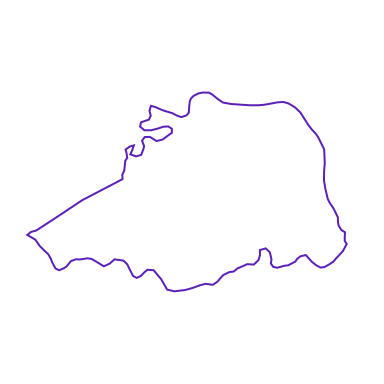 Magalhães Barata, Pará, Brazil (Robinson projection), rotated 96°
{"feature_id": "56859067B4856082037025", "entity_name": "Magalhães Barata", "entity_type": "district", "adm_level": 2, "iso_a3": "BRA", "parent_name": "Brazil", "parent_adm1": "Pará", "projection": "robinson", "projection_center": [-47.632, -0.823], "detail": "fine", "context": "isolated", "style": "outline", "palette": "violet", "viewbox_px": 384, "rotation_deg": 96, "n_neighbors": 0, "source": "geoboundaries", "source_scale": "gbopen_adm2", "svg_char_len": 2032}
<svg xmlns="http://www.w3.org/2000/svg" viewBox="0 0 384 384"><g transform="rotate(96 192 192)"><path d="M251.9,351.3L255.8,342.8L261.6,337.8L265.7,332.7L269.0,328.4L273.1,325.4L276.4,323.8L282.3,319.8L283.7,315.9L281.4,311.8L279.2,309.0L273.4,305.2L271.0,300.3L270.8,296.4L268.9,289.1L269.0,285.1L270.8,280.9L275.1,271.9L271.8,266.3L267.1,262.1L267.4,253.0L270.7,248.8L274.8,246.3L281.7,241.8L283.2,238.0L280.9,234.2L276.4,230.6L274.0,228.2L273.8,222.0L281.9,213.6L291.7,206.5L292.6,198.9L291.3,193.5L290.5,189.7L288.9,185.1L287.0,180.6L284.0,174.5L281.9,169.0L282.1,161.5L278.4,157.2L275.3,155.2L271.3,152.2L267.8,146.6L266.7,142.2L263.2,138.8L260.4,133.6L258.0,129.6L257.7,122.9L252.7,118.7L247.5,117.8L242.6,118.4L240.4,112.8L243.8,108.3L250.7,105.9L254.9,106.1L258.0,103.3L258.4,99.2L255.8,92.7L254.8,88.6L250.5,82.1L247.4,80.3L244.6,77.4L242.8,72.2L248.8,65.6L251.9,60.8L253.7,56.2L252.8,52.4L249.2,47.4L246.3,44.0L242.6,41.5L239.8,39.3L234.7,35.6L227.5,32.7L224.7,35.0L220.5,35.4L216.1,35.6L214.1,39.5L210.2,42.6L207.0,43.6L201.9,44.3L193.5,49.6L188.5,53.8L184.8,56.2L174.6,59.8L166.5,62.0L157.3,62.8L149.2,63.0L135.8,65.0L124.2,72.3L120.3,75.8L117.3,79.4L113.1,83.4L101.5,92.6L97.0,98.5L93.9,105.1L92.9,110.7L93.9,116.3L97.6,128.9L98.8,135.1L99.7,143.4L100.4,162.0L99.8,170.5L97.1,175.7L92.9,182.1L91.4,185.7L92.1,192.2L93.4,196.1L96.4,200.7L99.5,203.0L102.7,203.7L107.6,203.7L113.4,203.5L116.4,205.5L118.6,210.4L117.7,214.6L115.7,219.7L113.8,229.6L111.3,237.6L110.6,241.8L115.7,242.8L120.5,241.0L124.5,242.4L128.0,250.0L132.4,250.5L135.6,245.7L134.9,239.2L132.5,232.7L130.0,227.1L129.3,222.5L131.2,218.7L135.3,218.2L138.1,221.5L142.9,226.7L145.0,232.6L143.2,236.4L141.6,239.6L142.3,244.8L146.2,247.0L151.5,244.4L154.7,244.9L160.3,246.4L162.4,251.2L161.0,257.2L156.5,255.8L151.7,254.7L153.1,258.3L156.7,262.5L160.1,261.2L164.9,260.0L167.9,261.6L171.9,261.6L177.8,261.6L182.1,263.1L186.5,262.5L211.6,300.3L222.2,313.1L233.0,326.2L246.6,342.9L248.6,348.0L251.9,351.3Z" fill="none" stroke="#5b21b6" stroke-width="2"/></g></svg>